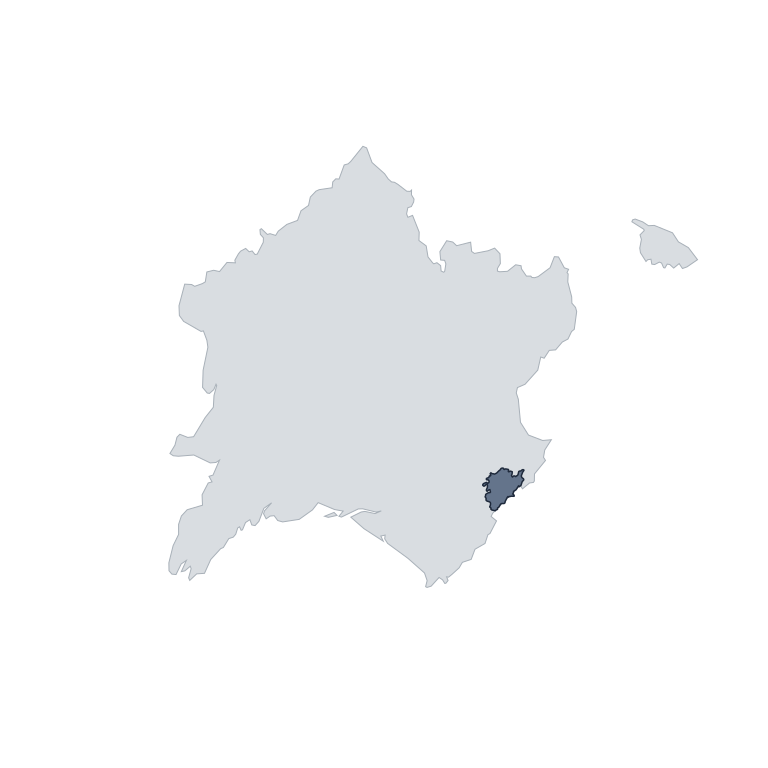 Ariège highlighted on a map of France, rotated 297°
{"feature_id": "FRA-5269", "entity_name": "Ariège", "entity_type": "Metropolitan department", "adm_level": 1, "iso_a3": "FRA", "parent_name": "France", "parent_adm1": "", "projection": "robinson", "projection_center": [1.591, 42.938], "detail": "fine", "context": "in_parent", "style": "filled", "palette": "slate", "viewbox_px": 768, "rotation_deg": 297, "n_neighbors": 0, "source": "natural_earth", "source_scale": "10m", "svg_char_len": 6523}
<svg xmlns="http://www.w3.org/2000/svg" viewBox="0 0 768 768"><g transform="rotate(297 384 384)"><path d="M569.3,320.5L565.0,322.6L562.4,326.8L559.6,327.8L554.5,327.8L551.9,325.2L545.8,326.9L543.4,329.6L547.2,332.9L535.3,346.4L527.7,350.0L526.2,358.9L517.2,365.5L514.0,372.4L513.7,373.8L516.1,376.1L515.2,380.7L510.6,383.6L510.7,386.5L512.0,386.9L519.1,384.6L521.7,381.9L520.2,378.2L527.3,373.7L540.1,374.8L541.7,380.8L540.2,385.9L549.7,396.8L541.9,401.9L541.4,405.3L550.0,416.3L555.3,420.9L552.7,428.2L544.1,433.0L538.5,432.6L536.1,433.8L536.5,436.1L540.5,442.9L550.0,447.2L551.6,452.4L549.0,454.2L544.8,461.9L546.8,465.8L546.1,467.4L547.1,470.0L549.7,472.6L563.0,479.2L574.8,478.0L576.4,481.8L569.4,491.9L570.0,496.4L566.3,496.5L565.7,498.1L558.4,501.4L546.8,511.7L541.3,514.7L539.2,519.9L536.0,522.8L519.1,528.7L515.9,527.3L507.6,527.5L502.3,523.8L492.3,521.4L489.0,516.0L479.7,515.0L479.2,511.4L466.2,514.7L447.8,509.8L441.4,504.5L436.1,505.9L431.4,510.6L411.8,523.0L404.1,535.9L405.7,551.0L410.3,558.4L398.2,557.2L391.1,559.4L389.2,562.6L372.2,558.9L365.8,562.0L364.1,561.8L361.9,558.6L353.5,555.0L354.8,552.6L353.7,550.4L345.8,548.6L343.1,550.8L340.1,546.4L318.1,539.5L314.6,539.6L313.1,546.4L298.9,546.3L296.9,545.0L287.8,546.4L278.1,540.1L267.3,541.3L260.7,534.8L254.3,534.4L245.3,531.0L241.2,529.2L240.6,527.3L238.0,530.3L234.6,529.6L233.9,528.7L236.1,525.1L236.6,520.9L225.3,517.8L222.3,514.7L222.3,513.1L228.4,511.7L234.0,505.9L239.5,484.7L243.6,459.6L246.4,454.9L249.9,453.6L247.1,450.2L243.6,454.7L246.0,431.8L250.3,414.9L259.6,421.8L261.8,424.8L264.5,434.9L269.7,439.2L266.3,435.1L263.1,421.6L261.0,417.8L246.1,406.5L245.7,403.9L252.2,405.3L249.7,396.9L248.4,379.2L239.3,377.4L224.9,369.9L215.1,356.3L214.1,351.3L216.8,345.9L214.6,342.5L210.4,340.2L213.7,335.6L216.7,335.1L227.1,337.8L218.7,333.4L204.8,334.9L199.3,333.4L198.4,330.2L202.2,326.1L197.7,323.5L189.8,324.1L188.8,323.1L191.2,320.1L189.3,319.0L182.8,320.1L179.1,319.2L175.8,315.9L165.4,315.1L163.1,313.2L148.9,309.3L133.8,310.0L129.8,303.3L120.8,300.1L122.6,297.9L131.9,296.0L133.7,294.1L127.1,291.4L124.8,288.6L137.1,288.0L131.6,285.0L119.8,285.2L118.3,281.3L120.0,277.2L127.0,273.5L144.2,269.5L156.7,269.3L165.7,264.7L174.4,263.4L182.6,265.7L193.6,277.3L202.7,272.2L216.0,272.3L218.7,275.2L222.3,270.0L225.2,273.0L241.5,272.0L237.8,269.9L234.8,265.0L234.4,246.8L226.3,233.6L224.4,228.8L224.9,224.8L234.6,225.5L242.6,223.7L246.5,224.9L247.3,233.4L250.6,238.3L272.9,239.9L285.8,242.5L296.7,237.7L306.8,235.6L307.6,234.4L301.8,234.9L296.4,232.8L295.7,230.6L298.6,223.9L314.1,216.6L336.8,210.4L342.6,206.3L349.3,199.0L347.8,197.1L348.8,177.1L352.1,170.6L360.7,165.8L382.5,161.1L385.3,167.4L385.1,171.0L391.0,176.6L393.9,178.4L403.4,175.3L408.0,180.6L409.5,186.4L421.0,188.9L424.5,196.6L426.6,194.9L433.8,195.2L437.2,195.9L442.0,199.2L440.6,203.8L442.7,206.1L440.8,210.3L442.2,212.1L455.5,212.1L459.5,210.2L461.2,205.9L465.2,203.4L466.7,204.2L464.3,212.2L466.2,214.2L467.2,220.0L472.2,220.4L482.1,225.0L490.5,232.7L500.7,231.4L508.8,235.7L517.1,233.5L524.9,235.8L527.7,238.0L535.3,248.7L540.8,246.6L544.9,247.9L546.2,250.9L561.1,249.1L563.9,252.1L567.1,253.3L586.2,257.3L586.5,261.3L575.9,272.8L571.6,289.1L568.6,294.7L567.5,298.9L568.5,301.8L568.1,306.2L566.1,316.8L567.5,319.9L569.3,320.5ZM645.9,541.0L645.1,547.8L648.0,552.8L649.7,572.4L644.3,581.8L643.7,593.3L637.1,606.9L625.9,600.8L622.4,597.5L625.3,592.3L618.8,589.5L620.2,584.4L619.4,581.9L614.9,581.6L614.6,580.3L617.8,576.4L617.6,574.0L613.3,570.9L612.4,568.2L616.4,565.2L614.4,562.5L612.1,561.8L617.4,552.9L621.2,550.2L629.7,547.7L633.1,544.4L638.8,546.2L639.8,545.3L641.1,531.2L643.1,531.0L645.0,532.9L645.9,541.0ZM246.9,397.8L245.6,401.8L239.9,394.9L239.2,391.1L246.9,397.8Z" fill="#d9dde1" stroke="#a8b0b8" stroke-width="1"/><path d="M324.0,542.0L323.6,541.9L323.0,541.3L322.7,541.1L321.6,540.7L320.7,537.4L320.9,536.3L321.1,536.0L321.8,535.8L322.1,535.5L322.2,535.1L322.3,534.4L322.4,534.1L322.7,533.9L323.8,533.9L325.3,533.5L326.1,533.1L326.7,532.5L326.9,531.6L326.5,529.3L326.5,528.3L326.9,527.6L327.3,527.4L327.9,527.2L328.4,526.9L328.7,526.6L329.1,525.7L329.5,525.3L330.3,525.3L331.6,524.8L331.9,524.8L332.2,524.9L334.2,526.1L334.8,526.7L335.1,527.3L335.5,527.8L336.1,527.9L337.9,526.3L337.3,525.5L335.4,524.7L335.3,524.1L335.9,523.4L336.7,523.2L338.5,523.1L340.1,522.5L341.0,522.0L341.4,521.3L340.9,520.7L338.9,520.0L338.3,519.4L338.5,518.1L339.2,517.7L340.2,517.8L341.0,518.3L342.8,519.9L342.9,520.3L342.6,521.2L342.7,521.5L343.6,522.1L344.5,522.1L345.4,521.5L345.9,520.4L345.8,520.0L345.5,519.6L345.3,519.0L345.6,518.4L346.4,518.2L347.8,519.4L348.6,519.8L349.6,519.7L349.9,519.7L350.2,519.9L350.5,520.5L351.3,520.5L351.8,519.8L352.4,519.3L353.4,519.6L353.2,520.7L353.2,521.0L353.6,522.0L353.7,522.5L353.8,523.2L354.0,523.5L354.3,523.7L354.6,523.9L355.4,524.6L355.8,524.8L356.1,524.9L358.6,525.7L359.1,525.9L360.1,526.4L360.7,526.5L361.7,526.6L362.1,526.8L362.5,527.2L362.8,527.6L363.0,528.0L363.1,528.5L363.1,528.8L362.9,529.1L362.6,529.4L362.4,529.6L362.4,529.9L362.6,530.1L363.3,530.6L363.6,531.0L363.7,531.3L363.9,532.0L364.2,533.1L364.3,533.5L364.2,533.8L363.9,534.0L363.6,534.1L362.9,534.3L362.6,534.4L362.4,534.7L362.4,535.0L362.6,535.3L363.4,535.7L363.6,536.0L363.8,536.3L364.0,537.6L364.0,537.9L364.0,538.1L363.7,538.3L361.9,539.0L361.6,539.0L360.9,539.0L360.6,539.1L360.3,539.2L360.1,539.5L359.9,539.8L359.7,540.1L359.5,540.5L359.6,540.8L359.9,540.9L360.2,541.0L360.5,541.1L360.9,541.3L361.2,541.7L361.3,542.1L361.4,542.4L361.3,542.8L361.3,543.3L361.5,543.5L361.8,543.6L362.1,543.7L362.9,544.3L363.2,544.4L363.6,544.5L364.3,544.5L366.7,543.9L367.1,543.8L367.4,543.9L367.8,544.2L368.1,544.5L368.4,545.1L368.7,545.4L369.0,545.6L369.7,545.8L370.1,546.0L370.5,546.3L370.8,546.7L370.9,547.0L370.9,547.3L370.9,547.6L370.7,547.8L370.4,547.9L368.3,547.6L364.8,548.0L364.4,548.1L363.8,548.6L363.4,549.2L363.2,549.6L363.1,549.9L363.0,550.2L363.0,550.8L362.9,551.2L362.7,551.5L362.3,551.9L361.9,552.0L361.5,552.0L360.2,551.6L359.8,551.5L358.8,551.6L356.4,552.0L355.6,552.1L355.3,551.6L354.4,551.4L353.8,551.0L354.1,550.1L349.8,549.7L349.4,549.5L347.4,548.3L346.8,548.3L345.7,548.7L344.5,548.6L343.9,550.5L343.1,550.8L342.6,550.1L341.9,548.5L341.2,547.6L340.5,546.5L340.2,546.4L339.9,546.4L339.7,546.2L339.8,545.5L339.0,545.3L334.3,545.3L333.1,545.7L332.7,545.6L332.0,545.2L331.6,544.5L331.3,543.8L331.0,543.2L330.3,542.6L329.5,542.4L326.3,542.2L326.0,542.0L325.4,541.6L325.1,541.5L324.7,541.6L324.4,541.8L324.0,542.0Z" fill="#64748b" stroke="#1e293b" stroke-width="1.5"/></g></svg>